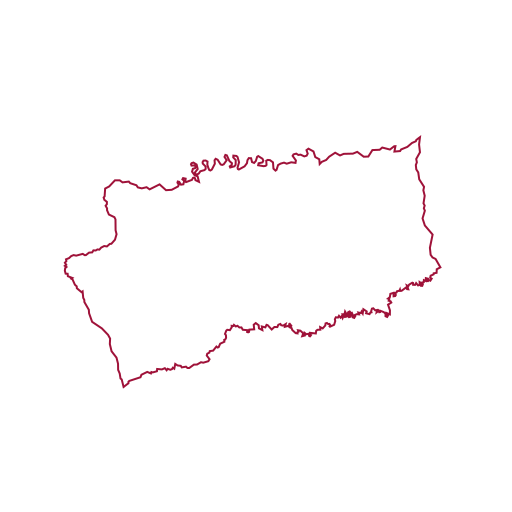 Yopal, Casanare, Colombia, rotated 291°
{"feature_id": "7082276B99207474078135", "entity_name": "Yopal", "entity_type": "district", "adm_level": 2, "iso_a3": "COL", "parent_name": "Colombia", "parent_adm1": "Casanare", "projection": "orthographic", "projection_center": [-72.279, 5.237], "detail": "fine", "context": "isolated", "style": "outline", "palette": "rose", "viewbox_px": 512, "rotation_deg": 291, "n_neighbors": 0, "source": "geoboundaries", "source_scale": "gbopen_adm2", "svg_char_len": 6124}
<svg xmlns="http://www.w3.org/2000/svg" viewBox="0 0 512 512"><g transform="rotate(291 256 256)"><path d="M86.3,179.3L91.5,182.5L92.9,182.0L94.0,182.5L101.4,191.6L104.1,191.6L108.8,196.0L108.7,200.0L110.2,199.9L110.3,201.3L112.9,204.8L115.1,204.2L116.4,208.8L118.6,211.1L117.3,213.5L119.0,213.9L119.1,216.8L120.3,218.1L121.9,218.4L121.5,220.1L126.3,219.3L125.7,222.0L126.5,225.1L125.4,226.6L127.6,230.3L126.9,232.1L127.5,233.8L132.4,237.0L133.5,239.8L137.1,242.7L137.5,245.0L140.7,249.2L143.0,249.6L145.4,245.7L147.3,245.5L149.1,247.1L150.6,246.9L152.3,249.9L157.3,251.5L156.8,253.0L157.5,253.8L161.3,254.0L164.6,257.2L166.3,256.4L167.0,257.2L168.9,257.4L171.3,256.3L172.1,255.0L175.7,255.0L176.8,255.6L177.4,258.2L180.9,258.9L182.1,258.3L182.6,260.0L183.8,260.1L183.0,262.4L184.2,263.7L183.3,266.1L184.1,268.0L182.4,270.1L183.7,274.6L181.9,274.9L181.9,276.0L182.6,276.7L184.9,276.2L186.9,280.6L191.0,278.5L193.3,279.8L192.3,283.3L189.5,284.7L189.1,288.5L192.3,286.7L192.7,290.3L195.5,290.5L195.6,291.7L193.0,297.0L196.3,298.6L197.3,301.4L199.8,301.5L201.3,303.1L200.4,304.3L200.7,306.3L203.1,308.1L200.3,308.4L202.2,311.0L201.8,312.6L204.3,311.4L204.8,311.8L203.5,314.0L201.5,313.5L201.5,315.0L199.9,316.4L198.2,320.7L198.6,322.5L199.6,322.0L200.5,322.8L201.7,321.8L202.2,324.2L200.7,327.8L197.7,327.9L199.3,330.1L201.6,329.1L201.0,331.0L202.2,332.9L200.3,334.5L200.4,335.3L201.9,335.7L202.0,334.1L203.6,333.8L205.1,339.6L207.8,339.0L209.1,339.8L210.3,342.5L212.6,341.4L212.3,344.2L216.0,345.6L218.0,345.1L218.9,346.2L218.3,347.8L218.9,348.9L218.0,350.2L216.8,349.8L216.5,350.4L219.8,353.6L223.7,353.3L225.2,352.3L227.4,352.5L227.9,354.6L229.9,354.9L228.7,357.0L230.7,357.6L229.1,359.1L231.6,359.2L232.6,357.7L233.5,359.5L236.0,359.1L235.0,360.3L232.4,361.1L231.3,360.2L230.9,360.8L231.9,362.3L236.6,362.2L237.8,363.3L237.3,364.2L235.4,363.9L234.3,364.9L233.9,362.9L232.9,363.5L232.2,364.7L233.1,365.9L235.5,366.4L236.0,364.7L237.3,365.9L235.2,367.9L233.4,368.3L233.4,369.9L235.3,370.2L235.7,368.8L237.8,370.9L238.4,373.1L239.9,371.8L240.3,374.4L242.0,374.5L240.6,376.2L244.8,375.3L243.9,379.2L242.0,379.3L242.4,382.8L244.1,383.0L244.8,384.0L245.7,383.3L248.4,383.1L249.2,384.2L248.0,386.8L249.0,388.4L246.6,388.8L248.1,389.7L249.8,389.1L247.7,391.2L248.1,391.9L249.4,391.7L249.4,395.3L248.6,397.5L246.2,398.5L246.1,400.3L248.0,400.6L247.5,398.9L249.6,398.1L249.5,401.9L253.3,400.5L257.9,396.7L261.0,399.0L262.0,397.8L261.8,395.9L263.5,395.9L263.5,394.5L265.6,395.7L268.8,395.0L270.9,397.6L267.7,398.9L268.5,400.3L269.7,400.5L271.5,399.2L272.4,400.3L273.7,400.3L274.9,402.3L276.3,402.4L275.1,403.2L275.7,404.4L280.3,407.3L279.2,408.9L279.5,410.1L282.6,407.4L282.4,409.0L284.1,409.2L287.1,411.5L287.1,412.3L285.4,413.0L286.1,414.9L288.1,415.2L286.6,417.8L287.6,419.2L290.3,418.1L289.7,420.5L288.4,419.9L287.3,420.7L287.7,421.9L289.5,421.9L290.5,420.2L291.7,422.0L293.6,421.4L293.5,423.4L296.2,422.5L296.4,424.2L295.4,423.7L293.9,424.7L294.2,425.6L295.6,425.9L295.4,427.6L297.8,428.1L298.1,426.4L300.2,426.1L302.5,428.4L303.5,428.1L305.0,430.6L308.4,429.5L311.5,432.2L317.6,424.7L317.9,421.3L319.7,418.6L326.0,415.4L339.3,413.2L345.0,402.7L350.8,398.0L358.8,397.4L360.7,395.6L363.5,395.4L365.2,393.5L372.7,391.9L377.3,388.7L380.8,388.1L386.1,380.9L392.2,377.5L394.3,374.6L398.2,372.6L401.1,372.6L404.0,370.8L411.6,371.9L418.5,368.3L425.7,366.5L421.9,364.1L420.4,364.1L417.4,361.1L412.1,358.2L407.5,353.3L405.6,352.9L403.1,347.8L408.5,346.8L408.0,345.7L403.4,342.9L402.5,335.0L399.5,333.4L396.6,326.7L389.1,325.2L387.3,321.0L389.5,313.2L386.3,309.8L382.8,301.3L380.0,298.4L380.8,292.9L374.9,288.7L370.8,287.1L367.5,283.7L364.7,282.5L369.0,280.4L369.6,275.9L374.2,272.2L375.0,266.5L372.9,265.2L370.1,267.6L367.8,267.3L366.3,265.4L366.6,261.3L365.5,259.3L366.0,256.9L364.3,254.6L362.6,254.3L359.5,259.0L357.1,259.5L356.1,255.3L353.2,251.6L353.2,248.7L351.1,245.9L348.8,244.0L343.8,244.3L342.7,243.6L343.8,241.0L349.5,238.3L350.5,234.7L349.9,232.5L348.6,231.4L344.8,233.2L343.6,232.7L342.6,231.0L341.5,225.5L343.5,225.2L345.7,228.5L347.6,228.7L349.1,227.2L350.1,222.3L349.0,221.5L344.7,221.8L342.2,220.9L342.3,218.6L345.5,216.4L344.8,214.2L342.4,213.7L339.4,214.3L335.6,213.2L330.6,209.0L330.7,207.9L331.9,207.1L337.4,206.6L341.8,203.3L342.4,201.9L341.6,198.9L339.9,199.4L338.3,202.7L333.8,204.3L332.0,203.7L329.4,200.2L330.3,199.4L332.3,200.7L334.0,200.3L335.1,197.2L339.5,192.7L339.4,191.2L337.2,191.1L334.9,194.3L330.0,193.0L328.9,191.8L328.8,190.2L332.1,185.7L332.3,183.5L330.5,183.0L327.4,184.5L320.9,183.8L319.5,182.8L319.5,181.6L321.3,179.8L323.9,177.8L326.8,176.9L327.1,174.8L326.2,172.8L324.5,172.5L323.2,173.2L321.5,176.9L319.2,177.8L317.7,177.1L315.2,173.7L312.4,173.0L310.7,171.4L310.9,170.0L312.2,169.1L316.3,170.4L320.1,167.8L320.8,164.1L319.6,162.6L318.4,162.4L317.3,163.4L318.5,166.1L317.8,167.8L316.2,167.7L314.8,165.8L311.8,166.1L309.3,169.9L309.5,172.9L304.8,176.2L305.1,172.3L306.8,171.1L306.9,170.0L306.4,169.2L304.1,168.9L299.9,164.2L300.2,163.3L303.0,162.6L302.6,160.0L301.2,159.8L300.5,162.0L296.9,162.5L295.7,160.4L297.7,157.7L297.5,156.3L296.3,156.4L294.8,158.4L293.0,158.3L287.6,153.6L285.2,148.4L288.3,140.3L280.1,132.8L281.0,129.2L278.2,125.1L277.7,121.1L279.2,119.0L278.9,112.5L279.9,110.6L276.9,105.0L277.8,101.7L276.1,97.2L268.3,94.0L264.9,91.0L257.4,93.3L256.0,92.8L254.1,94.3L253.1,97.4L250.9,98.2L249.0,97.6L247.1,99.9L245.4,100.5L242.0,103.8L241.5,109.9L239.8,111.7L229.7,115.7L226.4,118.0L220.7,118.5L215.6,116.6L214.9,115.2L211.5,113.4L210.9,110.7L208.3,108.4L205.8,107.5L205.3,105.6L203.7,104.4L203.0,102.2L200.7,101.8L199.3,98.9L195.9,96.9L195.4,95.8L195.9,93.5L191.9,88.0L191.5,85.4L189.7,83.5L187.0,82.2L184.8,79.8L183.3,80.8L181.2,80.0L179.8,82.0L178.3,81.1L177.8,83.0L176.3,82.2L173.8,82.8L171.3,84.6L171.9,86.5L169.7,87.6L169.7,92.4L168.6,91.7L168.4,93.1L164.3,97.2L163.4,99.5L161.7,100.3L159.7,106.1L160.8,106.8L155.0,109.7L153.5,111.4L151.5,112.3L145.9,119.2L142.7,120.7L135.8,126.6L133.2,138.0L129.4,146.1L126.6,149.4L121.4,151.1L115.3,155.3L111.1,162.2L106.0,165.8L100.3,168.1L97.4,170.9L93.1,173.4L92.6,174.9L86.3,179.3Z" fill="none" stroke="#9f1239" stroke-width="2"/></g></svg>